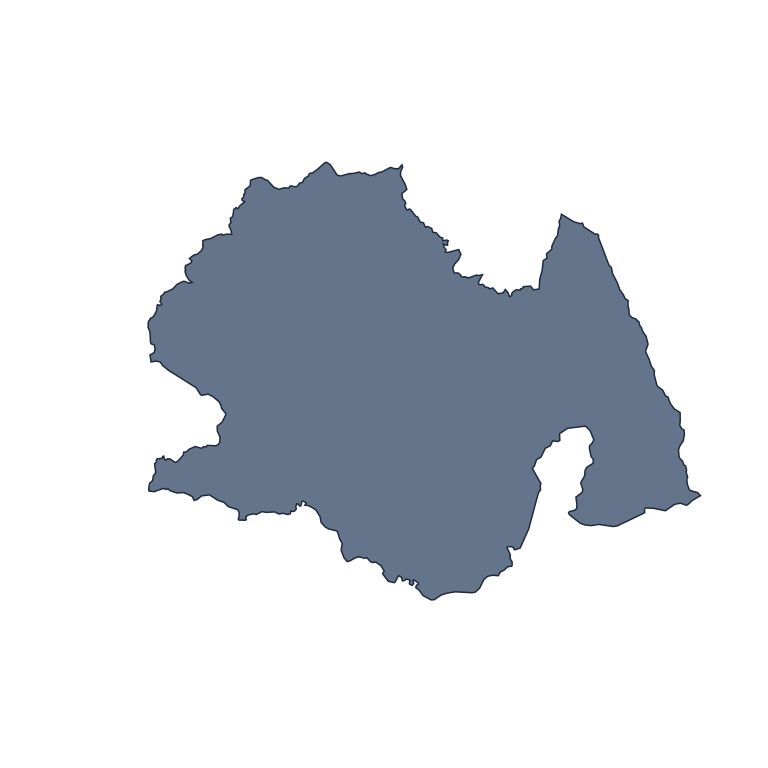 the district of Laclo, Manatuto, East Timor, rotated 64°
{"feature_id": "22284137B24782951850467", "entity_name": "Laclo", "entity_type": "district", "adm_level": 2, "iso_a3": "TLS", "parent_name": "East Timor", "parent_adm1": "Manatuto", "projection": "albers", "projection_center": [125.887, -8.591], "detail": "fine", "context": "isolated", "style": "filled", "palette": "slate", "viewbox_px": 768, "rotation_deg": 64, "n_neighbors": 0, "source": "geoboundaries", "source_scale": "gbopen_adm2", "svg_char_len": 6170}
<svg xmlns="http://www.w3.org/2000/svg" viewBox="0 0 768 768"><g transform="rotate(64 384 384)"><path d="M623.1,148.5L619.0,149.8L614.1,155.3L612.2,155.9L607.0,155.3L602.2,153.6L601.1,152.0L595.4,151.0L594.7,150.1L590.1,148.8L588.1,149.9L584.2,149.5L580.8,150.7L578.6,150.6L572.3,148.2L569.5,145.4L566.4,140.1L561.2,136.2L556.8,134.5L554.7,136.0L550.7,136.3L547.6,134.2L539.5,130.4L533.6,134.0L527.2,135.2L520.2,134.5L518.0,136.2L511.6,136.2L506.5,139.0L504.5,139.2L494.2,137.1L490.5,135.1L485.2,135.9L478.0,134.9L469.4,134.7L463.9,129.2L455.9,127.5L450.5,128.4L445.6,127.9L444.0,128.5L439.4,127.6L438.5,128.6L436.2,128.9L432.6,132.3L429.0,133.2L424.7,131.3L420.1,130.2L415.9,128.0L412.9,129.9L408.6,129.7L402.9,130.8L395.5,129.9L385.2,130.2L379.0,128.6L375.7,129.7L346.1,127.0L344.4,125.9L342.7,126.6L341.7,128.7L330.4,135.5L326.4,135.1L325.8,137.5L321.3,142.4L309.2,150.1L312.6,152.6L314.4,155.2L318.7,156.7L321.2,159.4L327.0,163.2L327.8,165.5L333.6,172.6L336.5,174.2L338.2,180.8L342.4,182.5L342.8,186.7L351.4,192.2L358.2,198.2L366.6,202.9L364.9,208.3L360.3,209.4L357.6,216.0L358.7,217.6L358.4,219.6L359.4,220.5L357.2,223.8L357.8,227.7L358.5,229.3L360.7,230.7L360.5,232.7L356.1,232.6L352.2,233.5L354.4,236.9L352.8,242.0L345.4,244.1L344.6,247.5L342.6,248.4L341.4,250.8L339.4,250.8L337.4,252.0L337.1,253.9L336.0,255.0L334.0,254.6L329.0,247.6L327.8,251.8L326.6,253.1L325.7,261.8L323.5,263.6L322.2,266.6L320.8,267.7L319.9,267.2L316.6,268.8L314.9,272.3L309.9,271.4L307.0,267.7L305.2,262.8L301.1,258.0L295.9,257.9L293.8,268.9L292.3,271.1L290.6,269.4L287.3,270.0L284.2,269.4L286.8,267.0L287.0,265.9L284.6,265.0L283.6,263.4L282.2,264.4L281.1,268.3L278.4,267.3L276.7,269.2L270.9,270.8L269.1,273.6L265.2,272.9L261.6,275.7L261.3,278.0L256.5,277.9L254.2,280.5L248.8,280.5L246.9,282.0L239.1,283.6L237.9,284.3L237.9,286.7L237.2,287.2L233.4,287.3L231.8,286.8L231.1,285.2L228.3,285.1L225.9,286.1L220.7,284.5L219.2,278.2L214.5,277.5L203.8,277.8L200.3,275.8L197.1,272.0L194.9,271.8L196.9,276.6L194.9,280.4L192.1,283.2L192.5,293.0L191.5,296.1L191.7,300.1L190.9,304.7L187.4,308.0L185.9,308.4L185.3,311.7L182.6,313.3L181.5,318.7L179.7,323.0L178.1,331.7L175.6,334.6L163.7,336.0L160.1,338.0L159.1,339.8L162.1,350.5L163.0,356.1L162.1,357.7L162.3,358.9L163.9,360.9L164.4,365.5L167.1,368.9L166.4,371.8L168.4,375.5L167.3,378.3L165.4,380.2L165.0,381.7L166.1,383.8L163.8,388.0L163.1,392.9L159.0,396.7L149.7,399.5L148.8,400.9L144.7,403.5L143.3,406.7L142.3,414.6L147.2,417.4L148.4,423.7L151.7,425.5L151.9,426.6L154.6,428.4L155.1,430.5L156.7,430.9L159.1,429.2L160.6,435.4L162.3,438.6L160.6,439.7L161.4,442.6L166.3,445.9L167.4,447.4L167.6,449.4L172.0,451.0L173.0,453.4L174.5,454.1L178.5,454.0L182.8,455.3L180.2,459.9L179.6,463.9L178.3,463.9L177.1,467.7L177.3,475.8L175.8,481.7L175.9,484.1L182.2,487.1L184.2,490.0L185.5,495.3L184.7,497.8L185.5,502.6L185.9,503.9L189.2,502.7L190.6,504.8L190.6,510.6L193.4,512.3L194.9,512.2L195.0,513.1L196.2,513.6L199.7,514.2L205.7,513.6L208.6,511.7L208.5,513.4L207.2,515.7L204.2,518.4L203.6,520.1L203.8,526.5L206.0,532.5L205.9,539.6L205.3,540.7L206.9,543.4L207.3,546.1L210.5,547.7L211.7,549.3L214.9,548.6L215.4,551.1L213.9,551.8L213.6,553.2L218.8,556.6L221.6,560.5L222.7,562.8L222.5,565.0L224.9,568.6L229.7,571.2L234.7,571.6L244.3,575.6L245.8,575.7L248.3,573.3L252.0,574.3L255.0,576.7L255.3,581.6L262.1,583.7L263.6,578.7L266.1,575.5L270.6,574.8L277.2,571.7L305.0,554.5L313.0,553.6L314.2,552.8L316.1,546.4L320.4,543.2L327.6,540.1L331.6,539.9L334.9,540.7L341.2,539.2L342.6,540.0L347.3,546.3L348.8,552.5L353.6,554.5L359.7,554.6L364.6,557.3L365.9,560.1L365.6,562.7L361.7,569.7L362.5,571.4L361.2,573.8L361.8,575.6L361.4,576.7L357.4,581.1L357.2,587.7L358.4,591.4L357.4,594.0L359.8,595.4L362.9,602.9L363.1,605.1L362.8,606.2L357.4,609.3L356.4,611.3L356.7,613.3L355.8,614.2L352.2,613.6L352.2,614.7L353.6,615.9L351.8,620.6L352.4,621.9L354.3,622.7L355.1,625.1L363.7,628.1L365.3,631.5L369.4,634.4L370.4,638.2L375.6,641.8L377.2,642.1L380.0,637.9L381.1,628.3L383.4,625.7L383.6,624.2L386.6,622.6L391.2,617.9L393.7,611.8L397.6,608.3L401.3,605.6L405.4,605.7L405.9,602.4L404.6,597.0L407.1,589.5L415.6,584.4L420.4,579.6L426.1,577.6L432.9,570.5L436.1,570.6L439.9,572.5L441.4,574.2L442.8,574.0L445.8,567.9L445.4,567.1L442.9,566.6L442.2,563.3L443.8,557.3L445.3,556.3L445.2,549.7L447.9,545.9L451.0,538.4L454.8,535.5L456.0,531.3L459.1,527.8L459.5,524.9L457.4,523.6L459.1,520.6L458.8,519.6L457.9,517.6L455.6,517.0L453.4,515.0L453.7,514.2L456.6,513.3L457.1,512.1L453.7,509.6L453.8,508.0L456.9,506.0L458.3,508.3L459.5,506.1L462.2,503.6L467.1,500.5L475.1,499.6L480.8,501.2L486.3,499.7L489.7,497.6L495.3,490.9L496.8,490.6L504.5,491.8L508.9,491.4L514.6,495.4L522.6,496.1L527.4,495.0L528.1,492.2L527.6,486.9L528.2,482.6L532.2,477.6L532.6,475.6L537.9,474.0L539.5,472.4L540.4,469.5L546.0,466.4L552.4,465.8L553.3,467.9L554.5,468.4L563.2,466.6L567.0,462.0L566.9,460.8L562.6,455.0L565.3,453.0L569.1,453.7L569.6,451.8L569.2,449.6L571.3,446.9L572.1,446.7L574.0,448.5L575.2,448.7L577.3,447.0L576.4,444.8L573.2,444.2L573.1,443.1L577.9,440.4L578.7,440.6L579.3,443.3L581.1,444.7L584.3,442.9L591.3,441.7L598.7,436.3L599.9,433.6L598.7,425.3L599.6,419.0L602.1,410.9L610.3,396.2L611.1,392.9L609.4,387.5L603.6,380.1L602.3,375.2L603.5,370.1L606.4,365.4L603.9,361.6L604.0,357.9L602.5,352.8L603.7,349.2L603.2,348.3L599.8,346.8L596.3,347.2L592.7,345.3L584.9,345.1L584.4,344.0L586.3,340.5L588.0,339.2L589.4,339.7L590.4,339.1L591.1,333.5L577.8,317.6L551.4,294.6L549.0,292.3L548.0,289.8L544.2,288.4L542.2,286.6L524.9,287.7L523.6,284.7L518.8,280.0L518.6,275.0L512.5,267.3L512.4,261.5L509.0,257.4L511.9,252.9L511.8,250.7L505.6,248.0L504.3,238.3L510.2,221.4L516.1,219.2L526.2,219.9L528.3,222.7L529.4,225.9L531.4,227.5L540.1,229.7L543.4,228.9L546.9,230.8L547.7,238.1L549.7,241.1L554.4,243.8L558.5,249.9L560.0,250.8L565.9,251.5L567.5,252.7L568.4,253.8L569.8,261.1L577.6,263.7L580.5,265.6L581.1,268.1L579.9,273.3L580.7,274.6L582.9,274.6L595.4,268.5L598.7,265.3L602.2,259.7L604.3,252.6L612.6,240.4L613.8,236.4L614.0,207.0L613.9,206.1L611.0,204.9L610.0,203.3L614.1,195.9L621.3,186.6L619.7,176.5L619.9,173.8L621.2,169.7L625.5,165.4L625.7,164.2L623.8,157.9L623.1,148.5Z" fill="#64748b" stroke="#1e293b" stroke-width="1.5"/></g></svg>